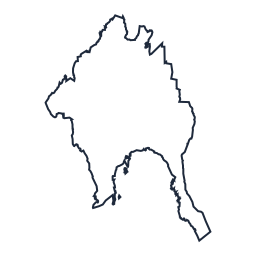 Kota Bandar Lampung, Lampung, Indonesia (Equal Earth projection)
{"feature_id": "22746128B13880384963573", "entity_name": "Kota Bandar Lampung", "entity_type": "district", "adm_level": 2, "iso_a3": "IDN", "parent_name": "Indonesia", "parent_adm1": "Lampung", "projection": "equal_earth", "projection_center": [105.271, -5.429], "detail": "fine", "context": "isolated", "style": "outline", "palette": "slate", "viewbox_px": 256, "rotation_deg": 0, "n_neighbors": 0, "source": "geoboundaries", "source_scale": "gbopen_adm2", "svg_char_len": 5816}
<svg xmlns="http://www.w3.org/2000/svg" viewBox="0 0 256 256"><path d="M199.3,240.6L210.4,231.7L205.7,221.1L202.5,212.8L201.0,211.7L198.1,211.2L193.5,206.6L192.4,202.0L189.4,196.1L187.0,193.4L186.7,191.7L185.4,189.7L185.3,184.1L184.3,181.7L184.6,180.8L183.3,173.7L183.3,168.7L183.0,168.2L183.0,165.6L182.4,161.7L182.9,160.6L182.3,159.9L181.6,155.8L181.9,154.5L184.8,152.0L187.4,145.1L187.4,144.0L187.8,144.1L189.2,140.0L190.5,138.5L191.4,138.6L192.1,136.7L192.9,129.9L192.7,127.9L194.4,124.0L194.8,121.4L194.2,119.5L194.6,119.1L194.8,117.1L193.5,114.7L193.6,113.8L192.9,113.3L192.9,112.3L192.1,111.6L192.4,108.9L192.1,108.0L190.2,106.1L188.9,102.1L179.3,101.8L180.2,99.3L180.0,97.8L179.3,96.7L179.8,94.7L179.3,91.0L179.8,89.8L176.6,88.5L176.8,87.6L176.6,86.7L176.6,79.8L171.2,78.7L172.4,72.2L171.2,64.1L166.3,63.3L166.2,61.8L164.7,62.9L164.4,46.7L161.9,46.6L162.2,43.3L151.4,53.9L149.9,54.6L149.3,51.3L149.9,46.7L149.7,44.0L147.5,44.5L147.8,46.7L146.4,47.5L146.4,47.0L145.4,47.2L145.5,46.6L146.4,46.0L145.4,43.8L146.4,42.7L146.9,42.6L147.2,43.9L148.0,43.4L147.9,42.6L148.4,41.6L148.6,39.6L151.6,35.3L152.4,32.3L152.1,31.2L151.3,31.1L151.3,30.4L149.7,30.3L148.9,31.5L147.6,32.0L147.3,30.8L146.7,30.7L145.5,29.0L144.5,26.5L143.5,26.1L141.9,26.5L139.7,26.1L138.7,33.6L138.1,34.3L138.1,35.2L136.9,36.3L136.3,37.9L134.8,39.3L134.9,39.9L130.4,40.2L129.5,39.5L127.6,39.6L126.2,38.2L125.2,37.8L125.0,37.2L126.1,34.9L126.9,34.2L127.2,32.5L126.8,31.9L127.2,31.4L126.0,29.5L125.9,27.7L125.2,26.6L125.4,26.1L125.2,23.6L124.0,22.6L124.3,20.9L124.0,19.7L124.3,19.4L123.6,18.5L123.6,17.8L122.9,16.4L122.4,18.0L115.2,15.4L112.6,19.4L112.2,18.8L111.9,19.4L111.2,19.1L110.2,19.6L110.2,20.7L109.1,22.2L107.4,23.3L107.2,23.9L106.0,24.4L105.9,26.1L104.9,26.2L105.3,26.7L105.0,27.2L105.9,27.6L104.9,28.8L104.9,29.9L102.9,29.8L102.3,30.4L102.2,31.3L101.6,32.0L100.3,31.7L100.1,32.9L99.6,33.1L100.2,35.4L101.2,34.3L101.2,36.0L100.4,36.8L99.9,38.9L99.1,39.4L98.6,40.3L98.7,40.8L97.5,41.5L97.7,42.0L96.4,43.0L96.1,44.4L94.3,45.0L90.7,47.4L89.5,52.2L87.8,52.1L87.7,51.4L87.2,51.8L86.8,51.2L86.4,51.5L86.2,50.9L81.2,54.0L80.7,54.7L80.8,56.3L77.6,57.0L77.9,61.1L76.1,61.2L74.7,63.2L73.1,68.3L73.0,71.6L73.1,73.1L73.4,73.4L73.4,75.0L74.1,75.3L74.2,77.5L74.7,78.1L74.2,80.8L70.3,78.2L66.3,81.0L66.5,79.1L65.9,78.9L66.2,76.4L65.3,75.5L64.6,76.3L65.0,77.7L63.7,79.5L62.9,79.7L62.0,82.8L60.7,83.8L59.6,82.5L58.6,86.8L58.1,87.5L57.5,87.5L57.1,88.9L55.3,90.7L54.2,92.7L52.8,93.3L52.1,92.9L50.6,95.1L49.0,96.3L48.4,98.5L45.6,102.5L45.8,103.3L48.2,109.2L50.1,111.9L50.9,114.1L53.4,116.6L54.9,117.3L55.7,117.1L56.4,116.2L56.7,114.0L57.8,113.7L58.5,113.0L61.3,113.4L62.5,114.1L62.8,113.6L63.7,113.6L63.8,115.6L63.1,115.8L63.2,116.7L63.6,116.9L63.4,117.7L64.3,118.2L69.5,117.6L71.7,119.1L71.2,119.2L71.1,120.2L71.6,120.5L72.5,124.4L72.5,127.1L72.9,128.9L72.6,128.9L73.1,132.2L72.7,134.3L71.8,135.4L72.6,139.1L72.8,144.0L73.9,145.9L74.3,146.0L74.4,145.4L76.3,144.7L76.4,144.3L77.5,144.7L77.8,145.4L77.6,146.0L79.0,148.4L80.3,148.6L80.6,149.4L80.1,150.5L81.6,151.5L83.4,150.6L84.7,153.3L86.5,155.9L87.6,158.7L87.2,160.7L89.2,163.4L89.4,167.7L89.1,169.7L90.4,171.1L91.5,173.1L92.8,176.5L92.5,177.0L92.6,177.8L96.6,186.1L97.2,190.8L95.0,193.4L94.6,195.1L93.9,196.0L95.7,196.4L95.7,197.4L94.7,197.4L94.9,198.7L95.4,199.3L96.2,199.1L97.3,200.6L97.7,200.4L98.1,200.9L98.1,202.0L97.8,202.4L97.3,201.9L95.8,202.4L93.5,204.8L92.9,207.4L93.1,208.0L99.0,206.2L102.8,204.5L105.7,200.5L112.7,195.0L113.4,200.9L112.6,203.9L113.2,204.5L114.2,204.0L114.3,201.9L115.3,199.4L114.7,197.1L114.8,194.5L115.2,192.8L115.8,192.7L115.5,191.5L115.1,191.8L114.8,191.1L113.9,187.5L115.0,187.4L114.8,185.6L113.7,182.4L113.7,180.7L114.3,179.6L112.7,179.8L112.6,176.7L112.8,176.1L114.8,176.0L114.9,174.2L115.8,170.3L116.3,169.7L116.6,167.3L118.3,166.1L119.4,165.9L122.7,164.1L123.8,162.7L123.8,161.8L124.4,160.5L127.8,167.1L127.8,167.6L128.2,165.8L128.4,160.8L130.0,158.7L129.6,157.8L129.1,157.6L128.4,158.2L126.8,157.3L126.6,158.2L125.8,158.5L125.7,158.1L126.1,157.9L125.6,157.2L126.1,156.0L127.1,156.3L127.2,156.8L127.6,156.6L128.0,157.7L128.5,157.8L130.3,155.7L129.8,155.3L129.8,154.8L130.5,155.2L130.6,153.9L130.3,153.2L131.5,151.9L133.0,151.9L136.6,150.2L140.8,150.9L142.7,150.4L143.6,149.2L143.8,149.7L145.4,149.5L145.4,150.0L144.9,150.1L145.5,150.4L145.9,150.0L145.8,148.5L148.0,147.8L148.9,148.0L148.8,148.8L149.7,149.6L151.1,149.6L154.2,151.4L154.0,151.9L154.3,152.6L156.9,153.1L158.6,154.3L159.8,154.4L162.1,156.2L162.0,156.9L162.8,157.6L163.0,158.7L164.0,160.2L166.3,161.8L167.3,163.1L168.2,165.0L168.0,166.1L171.9,174.6L175.3,177.2L174.1,179.9L174.2,180.4L172.9,179.5L171.3,182.8L171.5,183.1L172.5,180.9L173.2,181.5L172.7,184.0L171.0,185.3L171.1,186.1L171.6,187.0L170.9,188.6L172.0,189.5L172.5,188.5L173.3,189.1L174.0,188.4L173.9,189.2L174.6,190.1L174.3,190.9L175.2,191.7L175.0,191.9L175.2,192.1L176.0,191.8L175.6,192.4L176.1,193.1L175.3,193.9L175.9,194.6L176.3,194.5L176.3,195.2L177.6,194.2L177.6,195.1L178.5,197.8L179.0,197.4L179.2,197.8L178.6,198.7L179.4,198.3L179.1,199.1L178.5,199.4L179.5,199.2L179.3,199.5L179.5,199.5L177.7,200.2L177.6,201.3L178.7,201.3L178.7,202.6L179.7,202.7L179.5,206.3L179.3,206.7L178.3,207.1L179.0,209.6L178.4,211.0L179.9,216.2L179.8,216.9L181.0,218.0L180.7,218.4L182.8,219.7L183.6,218.8L184.0,219.4L184.4,218.9L184.6,219.2L184.4,219.5L185.3,220.8L186.9,220.5L187.0,220.0L188.3,220.7L189.1,222.6L190.4,224.2L190.9,225.7L192.5,226.6L194.0,229.2L194.6,228.9L195.1,229.2L195.5,230.3L194.9,231.2L197.3,235.8L199.3,240.6ZM125.5,168.1L124.7,168.1L124.3,169.2L124.6,169.5L124.6,171.2L125.1,171.5L125.1,172.3L125.4,172.2L125.0,172.5L125.4,172.6L125.5,173.5L126.8,172.3L126.7,171.6L127.3,171.5L126.4,169.8L126.5,168.9L125.8,168.9L125.5,168.1ZM120.4,197.0L119.2,195.5L118.7,197.0L119.0,198.4L120.4,197.0Z" fill="none" stroke="#1e293b" stroke-width="2"/></svg>